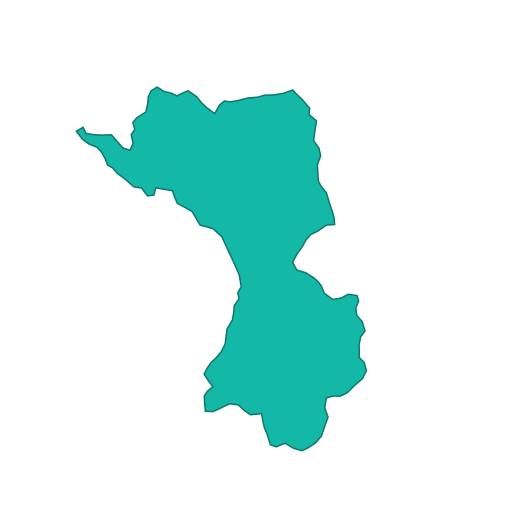 Franco da Rocha, São Paulo, Brazil, rotated 244°
{"feature_id": "56859067B24689122689137", "entity_name": "Franco da Rocha", "entity_type": "district", "adm_level": 2, "iso_a3": "BRA", "parent_name": "Brazil", "parent_adm1": "São Paulo", "projection": "orthographic", "projection_center": [-46.732, -23.313], "detail": "fine", "context": "isolated", "style": "filled", "palette": "teal", "viewbox_px": 512, "rotation_deg": 244, "n_neighbors": 0, "source": "geoboundaries", "source_scale": "gbopen_adm2", "svg_char_len": 2107}
<svg xmlns="http://www.w3.org/2000/svg" viewBox="0 0 512 512"><g transform="rotate(244 256 256)"><path d="M389.1,361.9L390.2,351.8L393.2,342.1L396.8,334.1L398.0,327.2L401.5,318.2L403.7,307.6L405.8,300.4L409.2,295.6L407.7,289.4L402.1,281.3L410.8,276.8L418.0,274.1L425.0,272.6L434.3,267.4L434.6,261.5L434.5,255.1L439.6,251.2L444.0,245.7L451.2,241.1L450.3,233.8L446.1,228.8L440.6,225.6L433.7,220.1L432.5,209.4L429.9,203.8L423.0,202.6L419.7,197.0L411.2,194.9L406.3,189.1L411.4,183.8L419.4,181.5L428.3,179.2L432.0,170.9L435.7,164.1L440.6,157.0L447.5,157.0L446.9,149.2L437.3,151.1L430.0,154.8L423.6,160.6L417.3,162.7L409.7,163.1L402.8,162.4L398.1,165.7L390.9,167.6L382.5,172.1L376.6,174.4L371.5,176.7L367.3,182.9L357.6,184.8L355.5,190.9L361.2,195.9L355.7,203.3L351.3,209.6L345.7,208.7L337.7,208.4L331.6,212.9L323.6,218.2L315.4,218.7L308.2,219.3L303.7,224.6L299.2,229.4L288.3,233.7L279.7,233.6L271.3,233.3L265.6,233.3L258.5,233.1L246.7,232.7L234.7,229.2L231.1,223.6L224.9,222.0L221.1,214.8L216.2,212.0L208.9,206.8L203.2,198.0L196.4,193.6L190.5,189.7L185.4,183.1L182.1,175.7L179.9,168.9L176.7,163.1L172.5,157.5L165.1,158.5L157.4,159.8L155.9,153.3L152.9,148.2L147.6,145.9L138.6,142.4L135.0,149.2L134.8,158.5L134.8,167.4L129.9,174.8L121.7,178.0L115.7,181.5L111.9,191.9L104.1,189.7L98.4,188.3L91.9,188.0L85.9,187.1L80.0,186.2L75.6,190.6L75.0,200.0L66.7,205.5L60.8,212.0L60.8,218.8L61.9,227.6L65.5,235.9L73.2,243.5L79.7,250.2L89.3,251.2L97.7,257.0L96.2,264.2L93.1,270.2L93.1,278.1L96.2,287.1L99.2,298.1L104.4,304.9L112.5,306.6L119.7,304.3L125.3,307.2L130.9,309.7L137.5,314.6L140.8,321.1L150.5,322.7L158.6,320.5L165.7,323.1L170.5,328.5L176.1,329.5L181.2,322.1L180.9,314.2L183.3,305.9L192.6,301.1L200.8,301.6L206.5,300.3L211.6,298.1L219.2,293.3L225.5,286.5L234.2,286.1L239.9,293.9L244.3,302.0L248.4,307.8L251.3,314.6L251.3,322.4L252.9,332.8L249.8,340.5L256.1,342.9L262.4,344.1L270.7,345.1L282.0,347.0L290.6,345.0L296.5,345.0L311.1,351.2L317.7,358.0L325.3,359.9L334.3,358.3L343.8,364.6L350.9,369.6L359.9,365.7L365.3,369.0L376.5,366.1L383.6,363.4L389.1,361.9Z" fill="#14b8a6" stroke="#0f766e" stroke-width="1.5"/></g></svg>